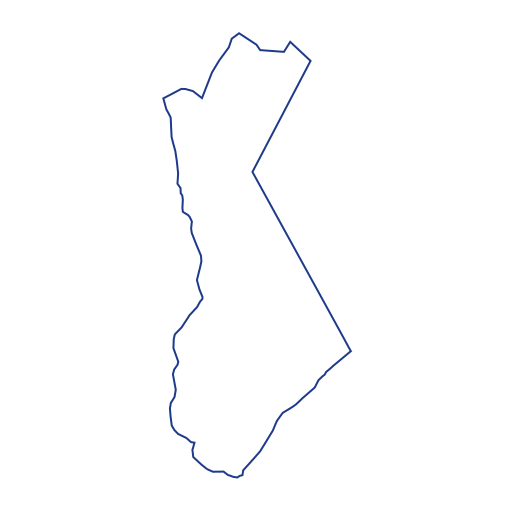 outline of Ed Damazine, Blue Nile, Sudan, rotated 182°
{"feature_id": "16777658B29603922889850", "entity_name": "Ed Damazine", "entity_type": "district", "adm_level": 2, "iso_a3": "SDN", "parent_name": "Sudan", "parent_adm1": "Blue Nile", "projection": "albers", "projection_center": [34.253, 12.058], "detail": "fine", "context": "isolated", "style": "outline", "palette": "blue", "viewbox_px": 512, "rotation_deg": 182, "n_neighbors": 0, "source": "geoboundaries", "source_scale": "gbopen_adm2", "svg_char_len": 1666}
<svg xmlns="http://www.w3.org/2000/svg" viewBox="0 0 512 512"><g transform="rotate(182 256 256)"><path d="M185.6,137.8L183.9,139.3L183.6,139.5L183.3,139.8L183.2,140.0L183.0,140.3L182.6,141.0L182.0,142.3L181.9,142.5L178.1,145.9L174.7,149.2L157.9,164.2L158.0,164.3L168.9,182.8L195.2,227.0L262.5,339.9L208.3,452.9L229.3,471.2L235.2,461.0L259.0,461.9L262.9,467.2L280.7,478.0L287.8,472.4L290.4,463.6L299.5,450.3L306.4,437.9L315.5,411.9L324.8,418.6L332.2,420.4L336.4,420.4L354.1,410.3L350.7,399.4L348.7,396.1L346.1,391.4L345.7,386.6L345.3,381.3L344.5,371.9L342.5,365.1L340.3,358.1L338.5,348.4L336.7,335.8L337.0,325.5L333.8,321.2L333.4,316.0L331.9,314.2L331.1,310.0L331.2,301.1L330.6,297.5L325.1,294.4L323.5,292.5L321.3,288.2L321.8,281.2L321.0,276.8L317.0,267.5L316.2,265.7L311.0,254.4L310.4,248.7L311.4,243.1L314.2,229.9L311.4,220.7L308.0,213.1L308.1,211.2L310.2,208.6L313.1,202.9L320.6,194.2L321.8,192.0L327.9,182.0L334.4,174.8L335.3,170.0L335.3,161.0L330.0,147.7L330.6,144.6L333.8,139.7L334.9,134.9L334.1,131.2L331.5,119.5L332.5,112.2L336.0,106.1L336.7,100.7L335.8,92.8L334.3,83.6L331.5,79.2L327.7,75.5L319.1,71.6L317.3,70.1L314.4,67.7L311.0,67.3L312.3,61.7L312.8,60.2L311.7,52.9L303.1,45.5L297.9,41.6L298.2,41.4L297.9,41.5L291.6,38.9L285.0,39.2L280.9,39.4L276.6,36.3L271.0,34.5L267.0,34.0L264.2,35.9L263.6,36.0L261.9,36.5L261.3,41.4L254.2,49.8L252.7,51.7L252.2,52.2L246.6,59.1L245.1,60.9L239.4,70.9L238.2,73.1L235.1,78.6L233.1,82.1L230.4,89.3L229.2,92.2L223.9,100.1L223.6,100.3L214.5,106.3L212.4,107.9L210.6,109.3L204.3,115.8L202.1,117.8L198.6,121.1L192.7,126.6L190.2,132.0L189.3,133.8L189.2,134.1L185.6,137.8Z" fill="none" stroke="#1e3a8a" stroke-width="2"/></g></svg>